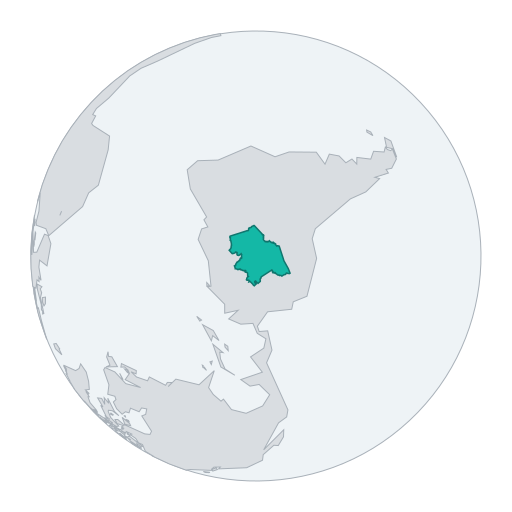 globe centered on Amazonas, rotated 227°
{"feature_id": "BRA-592", "entity_name": "Amazonas", "entity_type": "State", "adm_level": 1, "iso_a3": "BRA", "parent_name": "Brazil", "parent_adm1": "", "projection": "orthographic", "projection_center": [-64.603, -3.801], "detail": "fine", "context": "on_globe", "style": "filled", "palette": "teal", "viewbox_px": 512, "rotation_deg": 227, "n_neighbors": 0, "source": "natural_earth", "source_scale": "10m", "svg_char_len": 11917}
<svg xmlns="http://www.w3.org/2000/svg" viewBox="0 0 512 512"><g transform="rotate(227 256 256)"><circle cx="256" cy="256" r="225" fill="#eef3f6" stroke="#a8b0b8"/><path d="M180.8,43.6L178.9,44.6L188.6,41.9L195.5,44.4L199.5,42.7L204.6,43.6L211.1,42.2L210.5,43.7L216.2,41.4L215.5,40.3L217.7,39.1L221.5,38.4L221.4,40.0L219.5,40.6L221.5,40.8L219.8,42.0L222.8,41.0L222.2,43.4L228.3,40.1L232.6,41.4L230.7,43.4L223.6,44.2L201.8,53.3L197.8,56.8L199.1,60.1L216.9,63.4L215.4,67.3L218.7,71.8L222.9,68.7L221.8,64.3L230.3,60.4L227.9,56.2L231.1,54.3L231.6,50.2L239.3,49.9L246.5,52.1L246.5,55.7L249.7,57.1L256.0,53.3L262.1,60.6L276.7,67.0L277.4,69.5L267.5,73.7L251.5,73.7L238.5,81.9L254.8,76.0L256.4,83.3L259.9,84.6L264.4,84.2L266.9,81.4L269.1,84.2L253.8,90.3L251.6,87.9L256.5,85.7L249.0,86.1L238.7,91.6L240.3,95.5L223.1,101.7L224.0,104.9L220.7,108.4L220.4,102.7L220.6,113.4L200.7,126.5L200.6,147.3L192.1,131.6L183.9,130.3L173.7,131.4L173.5,134.6L160.4,133.3L147.7,141.5L141.8,158.6L145.2,171.4L159.9,170.7L164.9,162.9L176.0,160.6L166.7,181.4L185.9,183.2L183.3,198.9L188.7,206.8L198.6,204.2L208.8,207.8L216.5,198.4L228.6,193.1L228.5,205.9L235.5,194.1L242.1,200.2L266.5,199.5L264.6,202.5L285.1,217.9L307.6,225.0L312.9,234.7L310.1,240.6L318.0,242.6L318.2,246.5L349.8,253.7L366.0,264.5L365.5,278.3L352.0,293.7L339.9,327.3L315.6,337.6L309.5,351.2L290.8,370.9L276.1,369.1L280.5,379.1L272.5,385.0L262.9,385.3L261.5,392.3L254.5,392.4L259.3,397.0L248.6,406.0L252.4,413.4L244.7,420.6L247.5,424.9L244.3,424.7L241.2,426.3L241.2,428.7L231.2,424.8L227.6,415.1L230.6,410.2L226.4,409.4L232.5,396.6L228.3,399.2L228.0,380.0L233.4,364.0L235.5,318.0L230.3,308.9L212.9,298.7L191.8,265.8L197.1,252.0L192.7,245.8L207.3,226.4L203.7,209.1L198.6,206.8L193.3,213.5L176.3,203.5L170.7,190.9L121.7,174.4L117.4,168.7L118.6,158.7L109.0,129.4L110.0,157.8L105.0,152.8L102.2,143.0L105.4,140.0L105.8,125.8L102.2,121.5L107.5,104.8L125.8,83.5L126.0,86.0L130.3,81.2L130.4,78.1L129.4,77.4L144.6,62.4L147.3,58.7L146.3,59.2L163.2,50.7L180.8,43.6ZM198.8,154.6L220.9,164.3L207.8,166.0L210.4,163.9L204.9,159.8L194.5,156.3L183.2,159.2L198.8,154.6ZM209.9,142.4L206.1,141.8L209.9,141.5L209.9,142.4ZM128.2,77.7L129.9,78.5L128.2,82.5L126.2,82.0L128.2,77.7ZM132.2,71.3L134.3,70.5L129.2,74.8L129.6,73.9L132.2,71.3ZM227.3,50.8L229.4,50.5L228.2,51.4L227.3,50.8ZM225.5,49.4L222.7,50.6L221.4,50.2L223.2,49.4L225.5,49.4ZM229.3,48.1L219.5,49.3L217.4,48.6L222.4,45.4L229.3,48.1ZM213.6,40.4L214.6,41.4L210.3,41.3L213.6,40.4ZM210.4,40.6L194.1,43.2L194.6,41.7L199.9,40.9L197.8,40.0L206.0,38.0L209.1,38.0L207.1,39.2L211.8,37.6L210.4,40.6ZM218.3,38.7L215.0,39.1L215.2,37.8L221.9,36.7L219.7,37.4L218.3,38.7ZM193.2,41.0L194.5,40.1L201.5,38.1L203.0,37.6L206.3,37.8L193.2,41.0ZM221.5,37.4L225.3,36.2L228.6,36.3L221.6,38.2L221.5,37.4ZM212.4,38.0L212.8,37.4L214.8,37.3L212.4,38.0ZM242.6,36.9L238.6,37.0L238.3,36.2L242.6,36.9ZM226.5,35.8L225.3,35.8L224.8,35.7L227.9,35.0L226.5,35.8ZM211.0,36.6L213.7,36.1L210.0,36.4L215.2,35.2L216.4,35.7L218.0,35.1L219.6,34.7L218.9,35.6L211.0,36.6ZM229.4,34.0L232.7,34.9L240.2,34.6L240.6,35.2L228.5,35.6L229.4,34.0ZM223.3,34.8L227.1,34.4L225.7,35.1L222.2,35.8L223.3,34.8ZM218.2,34.4L210.0,36.0L210.0,35.9L218.2,34.4ZM231.8,33.7L231.0,33.6L232.5,33.6L231.8,33.7ZM222.7,33.9L219.8,34.4L222.7,33.9ZM231.7,33.1L232.7,33.2L230.4,33.6L231.7,33.1ZM227.8,33.3L228.6,33.0L228.9,33.6L226.5,33.5L227.8,33.3ZM223.3,33.7L222.4,33.8L224.5,33.6L223.3,33.7ZM240.0,31.8L240.9,32.5L235.7,33.2L235.5,32.4L240.0,31.8ZM248.1,433.1L232.2,426.3L241.0,429.3L246.4,425.6L255.0,430.8L248.1,433.1ZM264.3,423.6L270.9,421.6L272.7,422.8L268.5,424.5L264.3,423.6ZM436.9,121.8L437.1,122.0L427.0,109.6L423.3,105.3L409.7,92.8L413.8,97.2L426.9,109.6L425.6,108.5L431.2,115.8L425.8,109.4L410.4,95.8L408.3,98.3L416.2,116.2L412.7,117.9L404.9,114.4L391.3,96.4L400.6,94.9L395.9,89.6L384.8,82.2L388.6,82.8L385.2,79.9L387.9,79.6L382.6,73.1L383.9,72.6L373.1,64.9L372.3,63.9L378.9,68.5L384.2,71.9L386.4,72.3L385.9,71.9L400.1,82.8L413.4,94.8L425.7,107.8L436.9,121.8ZM358.0,55.2L358.3,55.3L362.9,57.7L367.5,60.3L379.9,68.0L381.0,69.2L366.5,60.4L366.5,61.5L355.2,55.1L337.7,46.0L358.0,55.2ZM445.5,377.8L442.9,381.6L441.1,380.6L446.2,372.4L453.4,356.0L465.6,317.1L471.7,299.9L473.8,286.4L471.9,256.1L472.7,239.9L470.8,233.0L467.8,234.3L465.0,226.1L462.6,225.8L443.6,230.7L434.4,220.2L415.3,189.0L416.3,176.7L410.4,162.9L412.2,118.3L419.3,120.9L428.2,116.4L430.6,118.1L436.8,127.8L449.4,141.3L444.8,133.2L445.8,134.7L454.0,148.5L461.1,162.9L467.2,177.7L472.3,192.9L476.2,208.5L479.0,224.3L480.7,240.2L481.3,256.3L480.7,272.3L479.0,288.3L476.1,304.0L472.1,319.6L467.0,334.8L460.9,349.6L453.7,364.0L445.5,377.8ZM419.5,140.2L421.3,144.2L421.3,144.3L419.5,140.2ZM267.3,199.4L270.2,201.9L266.3,201.9L267.3,199.4ZM205.7,171.1L210.5,171.2L212.9,173.0L209.2,173.8L205.7,171.1ZM246.7,170.5L252.3,171.5L246.3,172.5L246.7,170.5ZM224.4,165.5L242.2,170.1L230.6,173.9L219.4,171.3L227.3,170.0L224.4,165.5ZM207.1,149.3L210.0,150.1L209.0,152.3L207.1,149.3ZM212.8,142.3L211.6,142.6L210.2,140.9L212.8,142.3ZM257.2,82.9L258.5,82.5L263.0,82.8L260.7,84.0L257.2,82.9ZM284.0,77.9L286.9,82.5L283.2,79.7L280.6,81.8L269.6,79.2L277.2,70.6L275.7,74.7L284.0,77.9ZM257.1,74.3L263.2,76.3L256.2,74.5L257.1,74.3ZM364.1,66.9L367.9,68.4L371.3,71.4L369.5,74.0L364.7,69.4L364.1,66.9ZM372.6,70.0L358.6,61.6L359.1,60.4L361.2,62.4L363.0,62.4L366.8,65.7L380.9,73.5L384.8,76.8L379.5,78.5L379.1,75.8L375.3,74.2L372.6,70.0ZM322.2,48.5L316.1,46.6L325.0,46.1L329.6,48.1L328.3,50.2L322.0,49.1L322.2,48.5ZM240.1,42.8L237.2,43.3L237.2,42.6L239.7,41.7L240.1,42.8ZM240.7,37.0L252.7,40.6L250.0,41.1L260.2,43.4L257.1,46.0L250.6,44.2L255.9,48.3L248.7,47.8L253.1,50.6L238.9,46.5L232.7,46.8L240.8,45.4L243.8,42.9L243.3,42.0L237.1,39.6L225.2,39.7L226.3,37.8L230.2,36.6L233.3,36.3L231.6,37.4L236.8,36.2L236.7,37.7L240.7,37.0ZM275.7,31.7L272.5,31.6L283.0,32.4L283.0,32.7L284.2,32.8L287.0,33.5L292.6,34.7L291.5,34.8L294.1,35.3L296.0,36.0L299.3,36.8L298.5,37.5L302.4,38.6L299.8,38.3L306.7,40.3L301.2,39.2L303.2,40.5L307.5,40.8L295.2,45.9L294.4,49.9L296.7,54.2L286.9,52.7L278.5,48.1L272.1,43.1L274.4,39.9L269.5,40.2L269.2,38.9L273.1,39.2L266.8,38.0L267.6,37.1L261.9,34.6L252.3,34.2L250.0,33.6L254.1,33.4L248.9,33.0L255.2,32.3L253.7,32.0L258.4,31.3L267.2,31.6L264.9,31.2L268.3,31.2L275.7,31.7ZM241.6,31.6L252.2,31.0L257.4,31.2L247.1,32.4L247.6,32.8L241.2,34.3L233.8,34.3L236.3,33.8L237.1,33.3L239.1,33.5L238.0,33.1L241.4,32.5L241.5,32.1L244.9,32.0L241.6,31.6ZM428.8,114.6L429.8,115.1L430.3,114.9L433.9,119.8L428.8,114.6ZM418.5,105.3L418.8,104.8L424.1,110.9L423.0,110.6L418.5,105.3ZM414.3,99.7L418.4,104.3L415.6,101.6L414.3,99.7ZM378.7,68.0L378.4,67.5L380.1,68.6L382.4,70.3L378.7,68.0Z" fill="#d9dde1" stroke="#a8b0b8" stroke-width="1"/><path d="M244.9,232.7L245.2,232.8L245.5,233.5L246.0,234.1L246.1,234.4L246.3,235.0L246.2,236.2L246.2,236.5L247.1,236.3L248.9,237.9L249.1,238.1L249.4,238.1L249.7,238.1L250.0,238.2L250.6,237.9L250.9,237.6L251.5,237.2L252.1,237.2L252.3,237.4L252.4,237.6L252.3,237.9L252.1,238.2L252.1,238.4L252.3,238.5L252.5,238.5L252.7,238.4L252.8,238.2L252.9,237.9L253.2,237.5L253.6,237.4L253.8,236.8L253.9,236.6L254.4,236.6L254.6,236.4L254.8,236.3L255.1,236.1L255.3,236.2L255.5,236.2L256.0,235.8L256.2,235.5L256.8,235.2L256.8,235.6L257.0,235.7L257.2,235.4L257.9,234.9L258.0,234.7L258.1,234.2L258.2,233.6L258.4,233.4L258.7,233.3L259.2,233.3L259.9,232.8L260.1,232.7L260.3,232.7L260.7,232.6L260.8,232.3L261.0,232.5L261.7,232.5L261.8,232.6L261.8,232.8L262.2,233.1L262.3,233.2L262.9,233.2L263.5,233.5L263.3,233.9L263.4,234.3L263.1,234.8L263.4,235.2L263.8,235.6L264.1,236.6L264.2,236.9L264.2,237.3L264.5,237.8L264.4,238.0L264.2,238.2L264.1,238.3L264.3,239.0L264.1,239.4L264.2,239.8L264.0,240.1L264.0,240.4L264.2,240.7L264.1,240.9L264.0,241.0L263.9,241.1L264.2,241.5L264.4,242.0L264.6,242.1L264.7,242.3L264.8,242.5L264.8,242.9L265.0,243.1L265.0,243.5L264.7,243.9L264.3,243.8L264.3,244.2L264.6,244.3L265.0,244.8L265.3,244.9L265.5,245.2L265.7,245.3L266.1,245.6L266.3,245.9L266.5,246.0L266.7,246.5L266.9,246.5L267.2,246.4L267.4,246.6L267.8,246.7L267.7,246.1L267.9,245.6L267.9,245.3L268.0,245.1L267.9,244.7L268.1,243.9L268.3,243.6L268.6,243.4L269.2,243.3L269.3,243.0L269.7,243.0L269.9,243.2L270.4,243.3L270.5,243.5L270.9,243.8L271.1,244.2L271.1,244.4L271.6,244.5L271.7,244.4L272.0,244.4L272.2,244.0L272.8,243.8L272.9,243.7L272.6,243.2L272.6,242.9L272.8,242.3L272.9,242.0L273.1,241.7L273.2,241.3L273.4,241.1L273.6,240.8L273.6,240.6L273.8,240.5L273.9,240.3L274.0,240.2L275.0,240.2L278.5,240.3L278.6,241.5L278.5,241.8L278.6,242.5L279.0,242.8L279.0,243.5L279.5,244.1L280.2,244.5L280.3,244.9L280.3,245.1L280.4,245.3L280.7,245.6L280.9,245.6L281.2,245.9L281.4,246.0L281.6,246.3L282.0,246.5L282.3,246.8L282.6,246.9L282.9,247.1L283.1,247.2L283.2,247.4L283.6,247.5L284.2,247.9L284.5,248.0L284.8,247.9L284.8,248.1L285.1,248.1L285.5,248.3L285.6,248.6L285.8,248.8L286.1,249.0L286.4,249.2L286.7,249.2L286.8,249.3L286.7,249.7L286.8,249.8L287.2,249.9L287.4,249.8L287.7,249.7L287.8,249.8L287.8,250.0L288.1,250.1L288.5,250.0L288.1,250.3L288.2,250.6L280.6,266.7L280.4,267.0L280.0,267.3L279.9,267.5L279.9,267.8L280.1,268.3L280.2,268.5L280.9,269.1L281.0,269.3L281.0,269.8L281.2,270.0L280.9,270.4L280.8,270.6L280.9,270.9L280.8,271.1L280.5,271.5L280.3,271.7L280.2,271.9L280.2,272.1L280.4,272.6L280.5,273.0L280.3,273.4L280.3,273.5L280.1,274.0L279.9,274.2L280.0,274.7L279.7,275.3L279.5,275.5L267.6,275.5L267.6,275.3L267.2,275.2L267.0,275.4L266.7,275.4L266.6,275.8L266.4,275.9L266.0,275.7L265.6,275.6L265.4,275.0L265.4,274.9L265.0,274.8L264.6,274.0L264.4,273.9L264.0,273.9L264.0,273.6L263.7,273.4L263.5,273.1L263.2,272.7L262.9,272.6L262.6,272.5L260.1,272.5L259.9,272.8L260.0,273.1L259.4,273.3L259.4,273.6L258.7,273.7L258.4,274.2L258.4,274.3L258.6,274.5L258.6,274.9L258.3,275.2L258.1,275.3L257.9,275.2L257.8,275.6L257.8,275.9L257.9,276.2L257.7,276.2L257.3,276.2L256.9,276.2L256.7,276.3L256.4,276.2L256.1,276.5L255.6,276.5L255.4,276.4L255.0,276.6L254.8,276.8L254.8,277.3L254.6,277.5L254.2,278.1L253.9,278.0L253.8,277.9L253.8,277.7L253.6,277.4L252.8,277.9L252.7,278.2L252.4,278.0L252.0,278.2L251.8,278.5L251.5,278.6L250.8,278.0L250.0,278.1L249.1,278.0L249.1,278.4L248.7,278.9L248.3,279.0L247.9,279.4L247.7,279.4L247.6,279.5L247.4,279.7L235.8,274.3L233.6,273.2L224.7,271.0L220.2,269.2L220.4,268.3L220.6,268.2L221.9,267.1L222.2,267.1L222.5,267.0L222.7,266.7L222.8,266.3L222.7,266.1L222.6,265.6L222.4,265.3L222.4,265.1L222.7,264.3L223.3,263.7L223.4,263.4L223.4,263.1L223.4,262.7L223.5,262.1L223.6,261.9L223.6,261.4L223.8,261.3L223.8,261.2L224.1,261.2L224.6,261.1L224.7,260.9L225.0,260.7L225.3,260.5L225.5,260.4L225.6,260.0L225.8,260.0L225.8,259.9L226.1,259.9L226.7,259.5L226.8,259.3L227.0,259.3L227.2,259.2L227.4,258.9L227.9,258.9L228.1,258.8L228.3,258.8L228.6,258.8L228.8,258.8L229.0,258.7L229.5,258.6L229.8,258.4L230.0,258.4L230.1,258.5L230.3,258.3L230.5,258.5L230.7,258.3L230.9,258.4L231.0,258.2L231.1,258.4L231.4,258.1L231.5,257.9L231.6,257.7L231.8,257.5L232.2,257.5L232.3,257.3L232.4,257.5L232.6,257.6L232.7,257.4L232.9,257.6L233.2,257.4L233.5,257.5L233.5,257.4L233.7,257.5L233.6,257.8L233.9,258.0L234.0,258.0L234.3,257.9L234.5,257.9L234.6,258.1L235.0,258.0L237.0,246.7L237.1,246.0L237.2,245.8L237.0,245.4L237.0,245.1L236.6,244.8L236.6,244.6L236.5,244.3L236.3,244.0L236.4,243.7L236.3,243.2L236.2,243.1L235.8,242.9L235.5,242.6L235.4,242.5L235.1,242.4L234.5,241.8L234.6,238.8L234.8,238.8L235.6,238.7L236.0,238.5L236.3,238.6L236.4,238.4L236.9,238.2L237.0,238.3L237.3,238.6L237.5,238.5L237.8,238.7L238.1,238.6L238.1,238.4L238.1,238.1L238.0,237.8L238.1,237.7L237.9,237.6L237.9,237.4L237.6,237.0L237.3,236.9L237.1,237.1L236.9,237.0L236.6,237.0L236.3,236.9L235.9,237.0L235.9,236.9L235.7,236.8L235.5,237.0L235.4,237.0L235.4,234.4L235.6,234.4L235.9,234.3L236.2,234.3L236.5,234.2L237.4,234.4L242.0,234.3L241.9,234.3L241.9,234.2L241.7,234.2L241.6,233.9L241.9,233.2L242.0,233.4L242.2,233.5L242.5,234.1L242.9,234.3L243.4,234.1L244.3,233.0L244.9,232.7Z" fill="#14b8a6" stroke="#0f766e" stroke-width="1.5"/></g></svg>